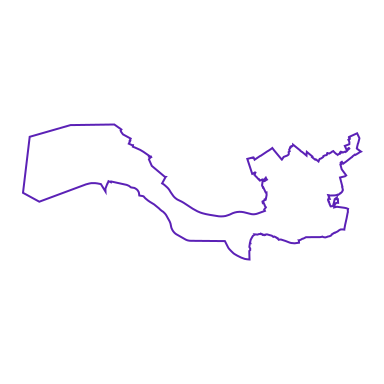 the district of Rotterdam, Zuid-Holland, Netherlands
{"feature_id": "6326949B29713994538031", "entity_name": "Rotterdam", "entity_type": "district", "adm_level": 2, "iso_a3": "NLD", "parent_name": "Netherlands", "parent_adm1": "Zuid-Holland", "projection": "orthographic", "projection_center": [4.431, 51.923], "detail": "fine", "context": "isolated", "style": "outline", "palette": "violet", "viewbox_px": 384, "rotation_deg": 0, "n_neighbors": 0, "source": "geoboundaries", "source_scale": "gbopen_adm2", "svg_char_len": 5962}
<svg xmlns="http://www.w3.org/2000/svg" viewBox="0 0 384 384"><path d="M334.3,233.0L334.2,232.9L334.8,232.6L335.6,232.4L337.1,231.7L338.0,231.2L338.6,230.6L340.5,229.5L342.2,229.4L344.3,229.6L344.3,229.4L345.1,225.0L346.6,218.3L347.6,213.0L347.9,212.1L347.8,210.4L348.1,208.9L346.3,208.2L344.5,207.8L337.2,206.8L336.7,206.8L334.2,207.4L334.9,204.2L335.2,204.0L335.1,203.7L336.1,203.0L337.1,202.8L337.4,202.7L338.1,202.8L337.9,199.2L336.6,199.2L336.8,197.8L336.6,197.9L336.6,197.7L334.7,199.2L333.5,204.4L333.4,204.4L333.3,204.8L333.3,205.4L333.4,205.5L332.6,206.1L331.5,206.3L331.2,206.3L331.1,206.2L330.6,206.3L329.5,203.9L329.6,203.6L329.1,202.6L329.1,201.9L328.9,201.5L328.6,201.6L328.1,200.2L328.0,199.8L328.1,199.5L328.3,199.2L328.6,199.1L328.6,198.7L329.7,198.8L328.2,195.1L329.0,195.2L330.0,195.5L331.2,195.5L334.9,195.4L336.4,195.1L337.8,194.6L338.1,194.9L340.5,193.3L340.4,193.1L341.6,192.3L342.2,191.6L342.5,190.9L342.6,190.6L342.6,190.3L342.9,190.0L342.3,187.3L342.1,187.0L342.4,186.7L340.0,177.5L345.0,176.3L346.2,175.4L341.7,169.3L340.4,164.5L341.1,164.3L340.7,162.6L341.9,161.8L343.1,163.5L343.7,163.2L343.7,163.3L346.1,161.6L351.8,157.1L352.0,157.1L352.3,156.8L352.6,156.3L354.9,154.6L355.3,154.9L356.1,154.5L358.4,153.1L359.7,152.2L361.0,151.6L357.2,148.9L356.8,148.4L356.9,147.8L357.1,147.5L357.1,147.0L357.9,143.7L358.3,142.8L359.4,138.5L359.3,137.9L357.1,133.3L349.2,136.9L349.7,137.8L349.1,138.0L349.6,139.1L348.4,139.8L349.0,140.8L349.3,141.8L349.4,142.8L349.3,144.2L344.8,145.9L346.5,149.6L346.9,149.7L348.5,148.2L348.8,148.5L349.1,148.3L349.3,148.6L346.8,150.8L346.9,151.0L346.7,151.2L345.7,151.9L345.5,151.6L344.9,151.7L343.2,152.4L342.5,152.2L342.4,152.4L341.2,151.9L341.3,152.0L341.1,152.2L340.8,151.8L340.3,152.2L340.4,152.3L340.2,152.4L340.5,152.8L340.2,153.0L340.3,153.2L340.0,153.3L340.0,153.7L338.7,154.1L337.9,154.7L337.8,154.4L336.7,154.3L334.5,152.4L334.3,152.1L333.5,151.4L333.3,151.1L332.3,151.5L331.0,152.5L329.3,153.5L328.7,153.5L327.5,153.0L327.3,153.0L327.1,153.3L327.0,154.5L326.8,154.9L326.2,155.2L325.1,155.3L324.4,155.7L323.7,155.9L323.3,156.2L323.3,156.8L323.0,157.2L321.0,158.5L319.7,158.9L319.1,160.0L318.5,161.5L316.1,159.5L315.7,159.3L315.2,159.7L313.7,158.5L312.0,157.1L312.4,156.5L306.8,151.9L306.6,153.7L306.5,155.6L302.2,152.0L301.7,151.8L300.4,150.8L300.3,150.5L293.1,144.7L293.1,144.8L293.4,145.0L292.5,146.0L291.9,146.4L291.5,146.1L290.6,146.6L290.2,147.2L290.6,147.5L289.2,149.5L289.3,150.3L289.7,151.2L288.6,152.1L288.8,153.3L288.8,153.8L288.6,154.5L287.9,155.1L287.1,155.6L283.7,156.9L282.1,159.3L282.0,159.2L281.7,159.5L273.9,150.1L272.3,148.0L271.6,148.6L268.5,150.7L267.4,151.3L260.7,155.8L260.1,156.0L254.6,159.7L253.7,157.7L252.7,157.9L252.7,157.5L247.3,158.9L252.2,173.8L252.4,173.7L252.6,173.8L255.0,172.4L255.4,172.6L254.5,174.8L254.9,175.0L255.3,175.9L256.8,177.3L258.1,178.8L258.3,179.0L258.8,179.0L259.0,179.2L259.0,179.7L259.9,180.6L260.8,180.1L261.0,180.2L262.2,179.5L262.6,180.0L263.4,179.8L264.6,179.1L265.1,178.7L265.3,178.3L265.8,177.7L266.3,178.8L266.9,179.6L266.3,179.9L264.6,181.1L263.3,181.2L262.8,181.5L262.5,181.9L262.4,182.3L262.4,183.0L262.1,184.8L262.1,185.6L262.3,186.1L262.8,187.0L262.9,187.4L263.2,187.2L265.7,192.5L266.5,192.4L266.5,192.8L266.6,195.0L266.0,198.3L265.9,198.3L265.7,199.5L264.8,199.4L264.8,200.0L264.4,200.0L264.2,200.5L262.5,201.5L262.7,202.9L263.0,203.3L263.7,203.0L264.7,205.1L264.7,205.5L264.8,205.8L265.9,207.3L264.2,209.5L264.9,210.9L257.4,213.6L256.0,214.0L253.8,214.3L251.9,214.2L250.1,213.8L243.7,212.2L241.5,211.9L239.5,211.8L237.1,212.0L234.8,212.5L232.7,213.2L229.7,214.6L227.7,215.3L225.5,216.0L223.3,216.3L221.0,216.4L218.8,216.3L209.5,214.8L205.9,214.1L202.7,213.3L200.5,212.6L197.4,211.3L192.7,208.7L183.7,202.8L181.6,201.6L177.3,199.5L175.5,198.2L174.4,197.2L173.4,196.1L170.8,192.4L169.3,189.9L168.4,188.7L167.4,187.6L165.2,185.6L163.5,184.2L162.1,183.4L165.6,177.0L165.7,176.9L164.8,176.8L151.8,165.9L148.9,159.3L150.3,157.6L151.2,157.1L150.9,156.6L149.9,157.2L149.2,156.9L148.9,156.7L149.3,155.9L143.4,151.8L140.2,149.9L135.1,147.6L132.8,146.7L133.0,145.2L132.3,145.2L131.5,144.9L128.8,143.7L130.2,140.9L129.7,140.7L130.7,138.6L123.0,134.4L121.3,132.1L120.6,130.6L121.4,129.5L114.3,124.5L70.5,125.1L29.7,136.8L23.0,192.8L39.3,201.7L85.9,184.4L89.3,183.5L91.5,183.1L94.8,183.1L97.3,183.4L100.9,184.1L105.5,191.6L105.4,188.7L107.4,183.5L107.6,183.5L108.5,181.2L111.0,182.3L111.2,181.5L126.7,184.9L127.9,185.4L129.0,185.9L131.0,187.4L134.2,187.9L135.1,188.3L136.5,189.2L137.4,190.0L138.3,191.3L138.7,192.1L139.0,193.1L139.1,194.1L139.3,195.5L142.8,196.1L143.6,196.4L145.3,198.3L148.1,200.6L150.0,201.9L154.1,204.4L159.0,208.4L160.2,209.6L161.8,210.9L163.2,211.8L164.0,212.6L165.1,213.7L166.2,215.2L169.7,221.5L170.5,223.6L171.2,227.0L171.5,228.1L172.4,230.0L173.0,231.0L174.2,232.5L175.4,233.6L176.4,234.3L185.7,239.6L187.4,240.3L189.3,240.7L190.9,240.8L224.9,241.1L227.8,246.8L228.5,248.1L229.4,249.2L231.4,251.3L233.6,253.4L234.8,254.2L237.2,255.6L241.2,257.6L244.8,258.9L247.3,259.3L249.5,259.5L249.4,255.9L249.3,251.0L249.8,250.4L250.2,250.1L250.2,249.8L250.2,248.4L249.5,247.4L249.4,247.0L249.4,246.5L249.9,243.2L250.4,243.2L250.1,242.4L250.7,239.8L252.0,237.4L252.9,235.9L254.2,234.9L255.3,234.5L255.2,234.4L257.5,234.6L258.9,234.1L260.7,234.0L260.8,233.7L261.1,233.8L261.0,234.1L262.1,234.2L262.8,234.5L262.8,234.9L263.6,234.8L263.6,235.0L264.1,235.2L264.3,235.0L265.3,234.8L265.5,234.9L266.0,234.4L267.1,234.4L271.8,235.7L272.1,235.9L273.3,236.9L274.1,236.5L275.6,237.1L277.0,237.9L276.8,238.0L277.8,238.7L278.8,239.8L279.5,239.5L280.9,239.5L285.3,240.9L289.7,242.6L291.2,243.0L294.6,243.3L299.0,242.7L298.9,240.5L298.8,240.3L299.2,240.3L300.6,239.8L302.5,238.7L303.3,238.6L306.0,237.2L320.2,237.1L321.5,236.9L322.4,236.6L322.8,236.9L323.5,237.1L324.4,237.3L325.4,237.4L327.1,236.9L327.7,236.6L329.2,236.3L330.8,235.7L331.4,235.1L331.7,234.4L332.0,234.4L333.7,233.2L334.3,233.0Z" fill="none" stroke="#5b21b6" stroke-width="2"/></svg>